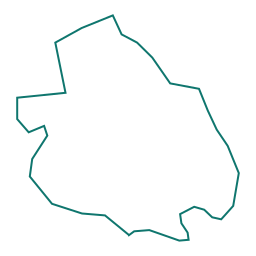 SVG path tracing the border of Vitina
{"feature_id": "KOS-5905", "entity_name": "Vitina", "entity_type": "District", "adm_level": 1, "iso_a3": "XKX", "parent_name": "Kosovo", "parent_adm1": "", "projection": "robinson", "projection_center": [21.372, 42.321], "detail": "fine", "context": "isolated", "style": "outline", "palette": "teal", "viewbox_px": 256, "rotation_deg": 0, "n_neighbors": 0, "source": "natural_earth", "source_scale": "10m", "svg_char_len": 573}
<svg xmlns="http://www.w3.org/2000/svg" viewBox="0 0 256 256"><path d="M233.2,205.9L225.0,215.1L221.2,219.3L212.2,217.3L204.2,209.7L194.2,206.8L180.1,214.1L181.4,223.3L187.6,232.6L188.6,239.8L179.3,240.6L149.3,230.1L134.2,231.3L128.9,235.2L128.7,234.8L105.0,215.4L82.0,213.5L52.0,203.8L29.8,176.5L32.2,159.0L47.3,135.6L44.1,125.9L28.7,132.3L17.2,119.1L17.2,97.7L65.5,92.8L55.3,42.6L81.7,28.0L112.8,15.4L121.6,34.4L137.1,42.6L152.3,57.6L170.2,83.4L199.0,88.8L207.8,110.6L216.7,129.6L227.7,145.9L238.8,173.1L233.2,205.9Z" fill="none" stroke="#0f766e" stroke-width="2"/></svg>